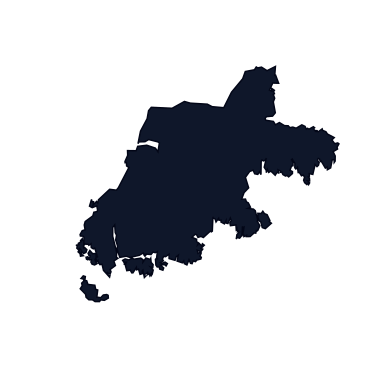 Fredrikstad nor, Østfold, Norway (Natural Earth projection), rotated 312°
{"feature_id": "86288312B4137874429707", "entity_name": "Fredrikstad nor", "entity_type": "district", "adm_level": 2, "iso_a3": "NOR", "parent_name": "Norway", "parent_adm1": "Østfold", "projection": "natural_earth1", "projection_center": [10.867, 59.223], "detail": "fine", "context": "isolated", "style": "filled", "palette": "ink", "viewbox_px": 384, "rotation_deg": 312, "n_neighbors": 0, "source": "geoboundaries", "source_scale": "gbopen_adm2", "svg_char_len": 6033}
<svg xmlns="http://www.w3.org/2000/svg" viewBox="0 0 384 384"><g transform="rotate(312 192 192)"><path d="M306.6,200.9L313.4,192.1L317.0,190.7L318.9,187.1L320.2,187.5L321.1,185.5L322.7,185.2L322.3,181.8L320.4,183.8L319.5,181.4L327.0,179.1L330.8,183.6L334.8,175.9L334.1,175.4L341.1,170.0L332.4,166.6L331.3,160.1L328.2,157.8L327.9,156.1L324.6,156.6L317.2,151.0L310.1,153.9L292.6,154.6L275.9,159.2L268.9,149.9L267.5,144.6L256.9,131.3L254.2,125.8L240.9,121.2L227.7,105.1L223.4,105.3L216.5,109.6L202.8,113.0L191.8,119.5L193.8,119.1L197.9,123.4L202.0,124.7L206.4,133.1L206.7,134.9L199.1,139.8L200.1,135.4L196.5,127.1L189.6,121.1L185.3,122.9L179.6,116.4L176.2,119.7L169.8,121.8L169.0,122.7L170.0,123.5L167.6,126.0L168.0,128.7L146.0,134.4L142.8,134.6L138.9,129.0L123.7,127.7L120.7,129.4L121.1,127.4L116.1,127.2L118.9,125.4L117.9,123.8L119.3,122.3L112.9,125.3L113.6,128.3L118.0,130.5L115.5,133.8L114.0,134.6L111.3,132.6L107.9,134.3L98.6,132.4L95.4,134.0L92.4,137.8L89.8,136.3L85.5,137.3L84.6,138.5L86.3,140.6L86.1,142.0L82.4,145.1L81.7,147.2L80.7,146.6L83.6,144.0L82.7,142.8L83.8,141.7L81.3,141.7L80.8,142.8L77.8,141.9L77.2,143.2L74.8,141.4L75.4,142.7L73.2,144.0L73.1,147.0L71.3,147.4L71.3,150.0L69.7,152.1L71.9,153.8L71.8,151.7L73.2,149.5L72.4,148.8L75.2,145.5L73.6,152.5L76.1,153.6L78.8,152.5L78.9,149.2L78.1,148.8L79.6,147.3L81.7,147.3L83.8,150.1L83.4,151.0L86.0,151.6L83.3,154.3L83.7,156.7L85.2,157.3L80.6,165.2L79.3,164.6L81.8,161.5L79.7,159.4L80.2,155.2L76.9,155.8L75.9,157.9L76.4,159.0L75.4,159.7L73.5,159.7L74.1,157.9L72.6,156.9L71.5,158.5L71.9,159.9L73.7,159.7L73.0,161.2L74.5,162.5L72.3,163.8L71.5,166.0L72.6,168.4L74.7,169.2L76.8,165.2L78.4,164.8L76.9,167.9L78.2,168.0L76.8,170.0L75.6,169.4L76.9,170.2L76.4,172.2L78.1,173.5L74.5,178.7L73.6,187.7L75.4,186.7L74.1,185.1L75.8,182.3L75.4,183.9L76.8,185.8L78.5,185.2L79.6,183.0L86.1,184.3L88.4,180.1L93.2,181.3L92.9,179.5L96.6,176.6L106.1,162.6L112.7,156.8L115.8,156.6L110.5,162.1L109.4,164.8L105.3,167.4L102.0,172.9L99.6,174.3L95.1,182.1L100.3,186.1L101.8,189.6L109.7,195.2L114.1,196.6L113.4,198.0L114.4,198.8L113.0,198.8L112.8,200.0L115.4,199.8L118.1,203.4L121.3,203.2L122.3,205.3L124.6,206.1L119.5,209.7L119.1,211.8L118.8,210.0L117.5,209.9L113.5,214.1L113.0,216.3L114.4,217.7L113.1,219.6L114.4,222.7L116.6,221.8L116.5,217.5L119.6,219.9L119.7,222.2L122.3,221.6L121.9,218.9L119.4,217.7L118.6,218.5L118.2,215.7L121.7,216.7L122.3,214.9L125.1,214.0L126.2,215.6L130.4,216.6L127.2,219.5L129.9,225.1L133.4,223.6L135.9,224.1L130.7,227.1L132.9,232.2L135.2,232.0L133.6,234.2L134.4,237.0L139.6,235.1L138.0,238.6L138.8,240.0L141.5,239.0L142.6,241.2L144.7,241.1L148.1,243.4L149.7,242.6L149.6,240.9L152.9,239.6L152.8,238.5L150.4,237.6L152.2,234.9L153.6,238.5L156.7,238.2L156.1,236.4L160.7,236.7L160.5,234.4L158.3,235.3L158.6,231.7L156.3,231.6L158.5,230.4L158.1,228.7L160.0,227.0L158.3,222.3L162.7,222.6L163.3,224.1L162.3,226.8L165.0,228.4L165.8,230.9L175.3,231.8L175.3,233.0L176.5,233.3L187.6,224.1L186.8,225.1L187.4,227.2L185.8,229.9L190.3,229.4L189.1,230.9L190.6,232.6L189.1,233.6L190.0,237.4L193.6,236.4L191.8,238.2L192.6,239.8L198.3,237.9L197.1,240.3L194.3,240.9L192.7,243.1L196.9,246.7L193.8,249.9L194.7,249.8L193.5,250.9L194.3,252.4L192.9,252.4L193.8,254.0L190.4,253.9L186.6,256.4L188.2,255.8L189.6,258.3L192.8,258.1L192.4,258.8L200.3,252.4L199.6,253.9L200.6,254.2L194.1,258.5L194.7,259.1L193.6,260.4L196.3,261.5L195.2,262.2L197.8,265.0L203.1,265.5L204.1,266.9L206.9,265.2L206.2,266.3L207.5,266.6L212.3,265.0L214.0,259.9L215.1,259.7L220.4,251.5L220.4,249.1L217.1,244.4L219.8,245.6L221.6,241.1L221.1,239.0L222.5,236.5L219.8,233.7L226.4,231.1L233.0,231.3L238.6,221.9L245.8,221.1L249.1,222.8L247.5,226.4L249.1,229.1L252.2,228.6L251.1,231.6L260.9,223.0L262.6,222.6L262.9,224.3L264.5,225.1L267.0,224.6L258.7,229.1L257.7,232.8L256.1,234.3L259.2,232.8L257.9,235.9L260.3,236.6L260.1,242.6L263.4,242.0L264.0,243.5L266.1,241.1L266.7,243.6L265.6,244.4L266.9,245.3L265.8,247.9L266.4,250.8L267.9,251.6L267.9,253.7L272.9,254.3L274.4,253.0L273.7,250.3L277.8,248.6L279.1,249.5L281.5,247.4L282.6,244.3L283.6,244.4L282.2,249.2L278.8,252.2L278.6,253.8L281.0,253.8L277.5,257.9L278.3,258.8L277.3,262.5L278.9,263.2L278.5,265.6L275.4,267.1L274.3,269.5L274.4,272.4L276.2,272.4L275.6,273.7L277.5,273.3L277.6,270.3L279.0,272.0L281.0,269.9L281.0,268.3L282.2,268.7L284.1,266.8L285.9,270.0L294.8,265.1L294.5,267.9L296.5,268.1L298.7,266.9L299.7,263.9L301.4,263.4L301.9,264.6L300.5,266.9L301.5,267.1L299.0,275.1L301.0,275.6L299.1,277.7L302.7,278.9L309.8,274.6L311.1,276.0L309.1,277.9L310.7,277.7L314.6,274.3L316.4,269.9L321.3,271.4L322.4,269.8L326.1,269.0L326.0,267.5L323.4,265.7L324.3,261.1L327.6,261.3L325.7,253.8L326.4,251.2L325.2,247.8L326.0,246.5L321.5,245.6L320.0,243.6L321.0,243.6L319.9,242.2L320.1,240.0L321.8,240.1L321.7,238.5L316.9,236.9L316.7,235.3L315.2,234.9L316.4,232.1L315.4,228.7L309.1,226.7L307.7,223.5L305.3,221.6L305.6,219.2L303.2,216.3L302.1,210.5L297.8,209.0L298.9,205.3L294.7,198.8L295.5,197.1L297.8,196.9L302.3,201.1L306.6,200.9ZM97.5,187.1L94.8,186.2L94.0,189.2L92.5,190.5L95.0,189.1L96.1,190.3L93.0,191.4L89.9,196.2L92.6,198.4L91.6,201.3L92.4,202.2L98.8,201.1L97.1,202.9L98.9,203.9L96.0,208.5L98.2,209.8L99.9,207.8L101.1,207.8L96.6,213.8L98.7,213.9L97.6,212.8L98.7,211.5L101.0,213.0L103.3,212.4L101.1,214.4L102.8,215.1L101.7,216.7L104.1,216.2L102.9,217.6L104.3,217.4L108.0,215.4L108.5,211.2L109.6,213.4L112.0,211.7L112.3,208.8L115.1,205.7L113.9,206.0L112.1,201.9L107.0,202.5L108.9,200.9L108.6,198.2L103.2,193.8L102.8,191.7L99.3,190.6L97.5,187.1ZM56.9,167.3L53.5,167.4L54.6,169.4L53.7,171.2L50.4,171.0L49.0,173.1L45.3,173.7L44.8,181.4L42.9,183.7L42.9,187.5L45.3,190.2L45.7,193.3L48.7,196.6L50.7,196.3L52.9,199.4L57.2,200.8L59.1,198.8L58.7,197.2L56.1,195.0L52.4,194.9L50.2,191.6L56.1,187.5L55.2,185.5L57.7,182.2L53.7,176.5L55.6,173.1L54.6,171.5L57.8,169.3L56.9,167.3ZM222.4,257.8L220.2,255.2L216.9,258.7L215.4,261.2L215.9,263.0L212.6,268.0L213.8,271.0L221.9,271.9L221.8,269.2L222.9,269.0L225.4,263.0L224.4,260.3L225.1,257.5L222.4,257.8Z" fill="#0f172a" stroke="#020617" stroke-width="1.5"/></g></svg>